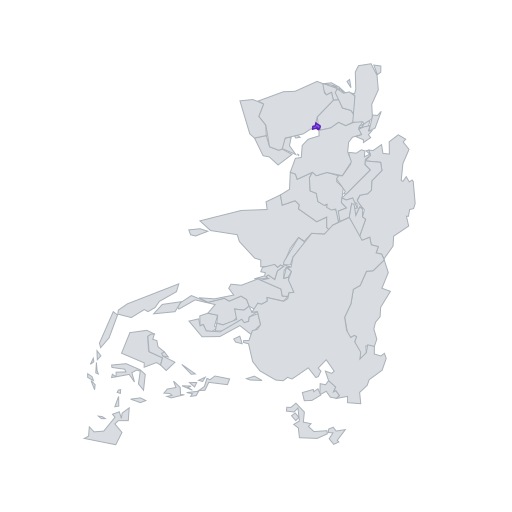 Asia, with Kuwait highlighted, rotated 98°
{"feature_id": "KWT", "entity_name": "Kuwait", "entity_type": "country or territory", "adm_level": 0, "iso_a3": "KWT", "parent_name": "Asia", "parent_adm1": "", "projection": "equal_earth", "projection_center": [47.815, 29.315], "detail": "fine", "context": "in_parent", "style": "filled", "palette": "violet", "viewbox_px": 512, "rotation_deg": 98, "n_neighbors": 45, "source": "natural_earth", "source_scale": "50m", "svg_char_len": 13709}
<svg xmlns="http://www.w3.org/2000/svg" viewBox="0 0 512 512"><g transform="rotate(98 256 256)"><path d="M240.9,128.8L236.7,131.8L236.2,137.5L229.7,136.2L228.9,143.4L221.6,146.0L225.7,153.1L224.3,156.6L204.4,152.6L202.5,156.0L195.1,155.1L187.8,163.7L181.4,161.6L178.7,153.9L174.6,150.8L165.5,151.8L153.8,143.2L145.9,145.6L146.6,161.0L140.4,156.7L135.4,159.0L135.3,154.7L128.2,147.2L136.7,144.6L136.5,138.1L124.3,140.0L116.2,132.0L119.5,124.0L122.6,126.2L129.1,119.3L144.1,123.4L161.0,122.7L161.6,120.9L156.5,118.3L161.3,114.5L159.0,112.0L160.2,110.7L181.8,105.7L187.1,106.5L188.6,110.3L195.5,110.6L195.6,112.6L205.1,109.0L217.2,122.4L227.1,121.7L240.9,128.8Z" fill="#d9dde1" stroke="#a8b0b8" stroke-width="1"/><path d="M146.6,161.0L145.9,145.6L153.8,143.2L165.5,151.8L174.6,150.8L178.7,153.9L181.4,161.6L186.6,163.7L194.6,156.9L193.2,160.1L202.0,162.8L198.2,165.9L194.4,165.6L194.2,162.4L190.0,163.4L188.0,168.5L185.2,168.3L188.0,174.5L186.6,178.9L154.9,154.9L150.3,160.9L146.6,161.0Z" fill="#d9dde1" stroke="#a8b0b8" stroke-width="1"/><path d="M462.4,368.6L460.6,400.7L457.7,396.7L448.4,397.3L452.7,391.9L450.6,382.4L435.3,373.2L432.7,376.1L429.3,369.7L435.6,366.7L430.2,366.7L424.0,360.4L436.8,359.6L438.2,369.4L441.9,372.4L449.4,364.2L462.4,368.6ZM402.0,399.6L399.6,405.8L396.0,406.3L398.3,401.6L402.0,399.6ZM436.5,389.8L436.4,386.1L438.0,382.6L438.6,386.4L436.5,389.8ZM377.3,335.3L375.4,339.7L381.7,351.3L377.4,351.8L371.0,375.6L349.4,370.2L344.8,353.7L347.4,345.8L350.6,351.9L362.6,349.7L365.6,348.6L369.9,334.4L377.3,335.3ZM414.2,372.5L423.7,371.0L424.9,374.8L414.2,372.5ZM410.4,374.5L407.9,373.6L407.2,371.4L410.9,371.2L410.4,374.5ZM414.5,345.0L417.3,350.1L415.2,360.2L412.6,350.7L414.5,345.0ZM388.6,349.2L404.6,348.7L399.0,354.6L386.1,354.6L385.6,358.3L388.8,362.7L397.7,358.8L390.9,365.1L396.5,382.1L393.1,381.8L395.0,377.8L390.5,378.3L388.9,368.7L386.4,370.2L386.4,383.1L384.1,383.8L380.7,369.6L384.8,355.0L388.6,349.2ZM386.3,404.9L379.9,402.9L383.4,401.9L386.3,404.9ZM383.6,399.2L391.4,397.5L394.8,395.7L394.0,398.4L383.6,399.2ZM376.5,395.7L380.8,398.7L371.9,400.3L376.5,395.7ZM333.7,384.9L357.5,390.1L368.4,397.1L364.1,398.9L331.0,389.6L333.7,384.9ZM324.6,359.2L334.3,370.9L332.8,384.7L328.7,384.8L321.2,376.6L294.3,328.6L302.4,329.8L314.3,345.3L321.1,348.8L326.1,355.2L324.6,359.2Z" fill="#d9dde1" stroke="#a8b0b8" stroke-width="1"/><path d="M402.3,402.1L405.8,397.4L410.9,397.2L402.3,402.1Z" fill="#d9dde1" stroke="#a8b0b8" stroke-width="1"/><path d="M79.8,196.0L76.6,202.4L75.9,213.2L74.0,205.3L77.3,196.9L79.8,196.0Z" fill="#d9dde1" stroke="#a8b0b8" stroke-width="1"/><path d="M82.6,191.9L77.4,196.9L82.1,190.1L82.6,191.9Z" fill="#d9dde1" stroke="#a8b0b8" stroke-width="1"/><path d="M78.6,200.0L76.3,204.7L77.4,199.4L78.6,200.0Z" fill="#d9dde1" stroke="#a8b0b8" stroke-width="1"/><path d="M78.6,200.0L89.8,195.6L91.0,201.1L83.4,204.0L86.7,208.6L79.8,214.6L75.9,213.2L78.6,200.0Z" fill="#d9dde1" stroke="#a8b0b8" stroke-width="1"/><path d="M133.6,237.7L142.1,238.2L149.9,230.8L145.8,245.9L135.1,243.5L133.6,237.7Z" fill="#d9dde1" stroke="#a8b0b8" stroke-width="1"/><path d="M130.8,235.3L130.6,231.8L132.4,228.9L133.6,233.1L130.8,235.3Z" fill="#d9dde1" stroke="#a8b0b8" stroke-width="1"/><path d="M91.0,201.1L89.8,195.6L97.4,190.9L98.6,182.3L103.7,177.8L110.2,178.8L114.5,185.3L112.2,192.9L118.7,199.7L122.9,211.2L109.6,214.7L91.0,201.1Z" fill="#d9dde1" stroke="#a8b0b8" stroke-width="1"/><path d="M146.5,244.9L150.4,234.5L162.8,246.8L156.0,256.7L155.7,262.9L139.4,273.9L135.3,262.6L145.9,257.8L148.1,248.3L146.5,244.9ZM150.6,228.0L149.1,229.2L150.1,227.6L150.6,228.0Z" fill="#d9dde1" stroke="#a8b0b8" stroke-width="1"/><path d="M319.3,295.7L320.0,285.7L331.2,287.4L332.5,284.0L337.0,289.1L337.1,294.9L331.2,298.7L333.0,301.7L323.1,303.3L319.3,295.7Z" fill="#d9dde1" stroke="#a8b0b8" stroke-width="1"/><path d="M328.0,285.5L320.0,285.7L319.3,295.7L309.8,289.7L307.9,310.1L319.3,325.0L315.7,327.6L304.2,314.5L308.5,297.1L302.3,281.4L304.4,276.2L297.8,265.3L300.3,259.2L306.6,255.8L311.3,260.4L311.5,269.8L318.8,265.9L324.7,270.2L328.8,279.2L328.0,285.5Z" fill="#d9dde1" stroke="#a8b0b8" stroke-width="1"/><path d="M335.9,285.8L328.0,285.5L328.8,279.2L321.5,266.3L311.5,269.8L311.3,260.4L306.6,255.8L312.2,252.2L310.9,246.8L317.4,254.2L321.8,254.2L323.7,258.4L320.7,261.4L334.8,277.5L335.9,285.8Z" fill="#d9dde1" stroke="#a8b0b8" stroke-width="1"/><path d="M306.6,255.8L300.3,259.2L297.8,265.3L304.4,276.2L302.3,281.4L308.5,297.1L305.3,306.7L304.2,291.1L297.8,272.6L291.8,278.5L287.4,276.9L287.0,266.4L278.3,250.8L285.2,226.7L291.9,224.4L291.7,218.9L297.0,222.4L295.6,239.3L299.2,238.5L303.0,243.8L302.5,247.7L309.4,249.0L306.6,255.8Z" fill="#d9dde1" stroke="#a8b0b8" stroke-width="1"/><path d="M326.2,304.0L333.0,301.7L331.2,298.7L337.1,294.9L336.1,281.0L320.7,261.4L323.7,258.4L321.8,254.2L317.4,254.2L312.7,246.1L323.2,241.9L334.1,250.4L327.2,262.3L340.8,280.6L343.5,298.2L329.8,313.3L326.2,304.0Z" fill="#d9dde1" stroke="#a8b0b8" stroke-width="1"/><path d="M385.8,156.4L385.4,162.8L380.2,167.6L384.6,173.5L373.5,174.7L373.8,169.2L369.3,166.8L370.9,164.1L374.7,158.8L379.6,160.3L378.2,158.1L382.6,153.9L385.8,156.4Z" fill="#d9dde1" stroke="#a8b0b8" stroke-width="1"/><path d="M378.9,176.2L384.7,172.5L391.2,180.5L392.6,188.0L384.8,191.1L380.2,180.7L382.4,180.0L378.9,176.2Z" fill="#d9dde1" stroke="#a8b0b8" stroke-width="1"/><path d="M242.0,128.5L254.0,122.7L270.4,126.8L272.3,118.0L289.4,125.4L298.9,124.7L305.1,128.5L312.0,129.1L321.5,124.8L329.1,126.2L329.8,134.7L336.4,133.3L343.4,137.4L327.2,146.4L321.8,145.2L321.1,147.8L323.6,150.8L320.3,154.4L304.4,159.7L290.0,155.3L275.5,155.0L270.6,148.7L255.8,144.5L254.3,138.0L242.0,128.5Z" fill="#d9dde1" stroke="#a8b0b8" stroke-width="1"/><path d="M291.7,218.9L291.9,224.4L285.2,226.7L279.3,248.1L276.6,240.6L275.4,243.6L273.1,241.2L276.6,234.2L267.8,232.8L262.4,227.3L261.6,230.5L264.4,233.0L261.8,236.5L264.1,237.7L266.0,249.8L259.3,250.7L258.2,257.1L244.1,274.4L237.5,277.6L237.1,304.6L229.0,316.4L213.0,277.1L208.4,251.4L200.9,253.6L192.1,240.3L202.0,237.1L195.8,225.0L199.3,220.2L203.4,220.5L213.6,200.6L207.5,191.4L217.9,189.9L220.7,186.1L224.9,191.4L225.8,204.0L234.6,210.1L231.8,216.4L243.6,223.1L260.7,227.5L262.1,219.7L263.0,224.3L266.4,226.1L274.3,225.5L272.5,221.2L286.7,213.4L287.9,218.2L291.7,218.9Z" fill="#d9dde1" stroke="#a8b0b8" stroke-width="1"/><path d="M276.6,240.6L278.9,254.6L274.5,244.7L271.2,244.5L270.9,249.1L266.4,248.0L261.8,236.5L264.4,233.0L261.6,230.5L262.4,227.3L267.8,232.8L276.6,234.2L273.1,241.2L275.4,243.6L276.6,240.6Z" fill="#d9dde1" stroke="#a8b0b8" stroke-width="1"/><path d="M272.5,221.2L274.3,225.5L263.0,224.3L266.4,218.7L272.5,221.2Z" fill="#d9dde1" stroke="#a8b0b8" stroke-width="1"/><path d="M260.1,220.7L260.7,227.5L257.8,227.6L231.8,216.4L235.9,209.0L251.9,219.2L260.1,220.7Z" fill="#d9dde1" stroke="#a8b0b8" stroke-width="1"/><path d="M220.7,186.1L217.9,189.9L207.5,191.4L213.6,200.6L203.4,220.5L199.3,220.2L195.8,225.0L202.0,237.1L192.1,240.3L185.3,232.1L168.3,233.7L169.4,228.3L174.3,225.9L165.2,211.7L171.1,214.0L184.0,211.4L185.6,205.0L193.5,202.2L200.2,181.7L210.9,178.9L214.9,184.4L220.7,186.1Z" fill="#d9dde1" stroke="#a8b0b8" stroke-width="1"/><path d="M176.4,179.0L191.1,178.9L195.8,173.0L200.1,180.7L204.4,177.4L210.9,178.9L198.4,183.6L200.0,187.7L198.0,192.8L194.8,192.7L196.4,195.7L193.5,202.2L185.6,205.0L184.0,211.4L171.1,214.0L165.2,211.7L168.1,207.5L163.4,197.4L165.0,185.5L171.0,186.5L176.4,179.0Z" fill="#d9dde1" stroke="#a8b0b8" stroke-width="1"/><path d="M186.6,178.9L188.0,174.5L185.2,168.3L194.2,162.4L195.7,165.5L191.0,168.6L204.8,169.0L210.1,177.7L200.1,180.7L195.8,173.0L191.1,178.9L186.6,178.9Z" fill="#d9dde1" stroke="#a8b0b8" stroke-width="1"/><path d="M194.6,156.9L202.5,156.0L204.4,152.6L224.3,156.6L204.8,169.0L191.0,168.6L191.0,166.1L202.0,162.8L193.2,160.1L194.6,156.9Z" fill="#d9dde1" stroke="#a8b0b8" stroke-width="1"/><path d="M135.4,159.0L140.4,156.7L145.0,161.2L150.3,160.9L154.9,154.9L182.0,175.3L182.2,177.9L179.5,176.6L168.5,187.1L165.0,185.5L164.5,181.7L151.7,175.0L140.5,178.6L140.2,171.0L136.2,166.4L136.8,162.8L142.7,162.5L139.3,157.5L136.5,161.7L135.4,159.0Z" fill="#d9dde1" stroke="#a8b0b8" stroke-width="1"/><path d="M122.9,211.2L118.7,199.7L112.2,192.9L114.5,185.3L108.5,175.3L108.2,169.0L114.8,171.9L121.1,168.3L124.9,177.0L130.4,180.1L140.2,179.7L149.3,174.6L164.5,181.7L163.4,197.4L168.1,207.5L165.2,211.7L174.3,225.9L169.4,228.3L168.3,233.7L153.8,230.6L152.2,224.9L140.1,225.6L133.2,220.7L128.2,210.2L122.9,211.2Z" fill="#d9dde1" stroke="#a8b0b8" stroke-width="1"/><path d="M79.3,198.6L82.6,191.9L80.5,186.5L83.6,180.3L102.2,178.5L98.6,182.3L97.4,190.9L83.0,200.4L79.3,198.6Z" fill="#d9dde1" stroke="#a8b0b8" stroke-width="1"/><path d="M116.0,171.8L106.8,165.4L106.6,161.9L113.0,163.1L116.0,171.8Z" fill="#d9dde1" stroke="#a8b0b8" stroke-width="1"/><path d="M110.2,178.8L83.6,180.3L81.4,184.7L81.6,181.0L76.8,180.4L60.0,183.3L53.3,181.0L49.6,168.8L60.3,161.3L74.4,158.0L89.7,162.5L103.6,159.8L110.5,167.8L108.2,169.0L110.2,178.8ZM50.5,158.8L56.6,158.0L59.5,161.0L50.5,165.9L50.5,158.8Z" fill="#d9dde1" stroke="#a8b0b8" stroke-width="1"/><path d="M244.6,318.6L244.1,323.7L239.5,326.2L236.8,315.2L238.2,307.2L244.6,318.6Z" fill="#d9dde1" stroke="#a8b0b8" stroke-width="1"/><path d="M341.3,266.5L337.6,260.9L344.8,257.5L344.1,264.2L341.3,266.5ZM204.8,169.0L225.7,153.1L221.6,146.0L228.9,143.4L229.7,136.2L236.2,137.5L236.7,131.8L242.0,128.5L254.3,138.0L255.8,144.5L270.6,148.7L275.5,155.0L290.0,155.3L304.4,159.7L317.0,155.9L323.6,150.8L321.1,147.8L321.8,145.2L327.2,146.4L336.7,138.9L343.7,138.8L336.4,133.3L328.4,133.0L329.1,126.2L336.6,125.2L337.6,118.3L334.5,115.3L339.3,112.8L351.5,115.2L362.7,126.7L368.6,127.9L376.7,134.4L387.7,131.7L388.5,145.0L382.3,145.8L385.8,156.4L382.6,153.9L378.2,158.1L379.6,160.3L374.7,158.8L369.3,166.8L360.3,171.3L361.7,164.7L359.2,162.5L349.0,172.0L358.3,178.8L361.0,175.7L366.7,177.5L368.0,179.8L359.5,188.7L372.8,203.2L371.8,207.8L375.7,211.7L376.1,219.1L369.2,236.2L361.0,244.6L343.9,251.2L343.4,256.2L341.5,256.5L340.7,251.2L330.4,249.2L328.5,244.5L323.2,241.9L310.9,246.8L312.2,252.2L302.5,247.7L303.0,243.8L299.2,238.5L295.6,239.3L297.0,222.4L293.7,218.6L287.9,218.2L286.7,213.4L275.2,220.6L266.4,218.7L262.8,223.4L262.1,219.7L251.9,219.2L225.8,204.0L224.9,191.4L214.9,184.4L204.8,169.0Z" fill="#d9dde1" stroke="#a8b0b8" stroke-width="1"/><path d="M378.4,232.7L379.6,244.5L378.8,248.4L375.2,240.9L378.4,232.7Z" fill="#d9dde1" stroke="#a8b0b8" stroke-width="1"/><path d="M115.8,158.6L120.3,161.6L122.8,158.9L128.7,165.4L126.0,165.8L123.8,173.8L121.1,168.3L116.0,171.8L113.1,167.0L111.1,161.2L116.1,162.0L115.8,158.6ZM114.8,171.9L112.6,171.4L110.5,167.8L113.5,168.8L114.8,171.9Z" fill="#d9dde1" stroke="#a8b0b8" stroke-width="1"/><path d="M95.3,152.1L112.8,155.9L116.5,161.5L100.1,160.0L100.0,155.3L95.3,152.1Z" fill="#d9dde1" stroke="#a8b0b8" stroke-width="1"/><path d="M387.1,295.6L383.1,289.4L387.7,291.4L387.1,295.6ZM394.8,311.2L393.9,302.1L395.6,305.1L397.8,300.3L394.8,311.2ZM403.3,307.6L408.3,320.2L407.4,324.7L405.7,319.7L404.2,322.2L404.6,328.1L400.1,325.3L397.4,317.0L391.4,320.2L396.7,312.8L403.8,311.4L403.3,307.6ZM382.1,303.7L373.7,314.4L381.2,299.7L382.1,303.7ZM387.4,266.4L387.7,285.2L396.1,287.9L397.2,294.0L392.5,289.0L384.0,287.5L384.9,284.3L380.6,280.0L381.4,265.0L387.4,266.4ZM390.6,304.2L389.5,297.1L394.2,298.6L390.6,304.2ZM402.6,295.8L404.1,301.2L401.2,299.9L400.9,305.7L397.9,293.9L402.6,295.8Z" fill="#d9dde1" stroke="#a8b0b8" stroke-width="1"/><path d="M311.7,323.8L322.4,328.4L327.5,349.3L317.0,342.1L311.7,323.8ZM377.3,335.3L369.9,334.4L365.6,348.6L350.6,351.9L348.0,349.1L347.4,345.8L352.9,346.6L353.6,342.4L359.5,340.4L363.8,333.3L368.0,334.4L372.5,321.5L381.9,329.0L377.3,335.3Z" fill="#d9dde1" stroke="#a8b0b8" stroke-width="1"/><path d="M368.2,328.8L368.0,334.4L365.5,335.9L363.8,333.3L368.2,328.8Z" fill="#d9dde1" stroke="#a8b0b8" stroke-width="1"/><path d="M428.1,170.0L429.9,187.7L420.5,190.1L417.5,195.2L413.4,190.1L400.7,193.3L405.2,196.6L405.3,204.3L401.5,204.4L401.1,200.4L396.2,196.0L403.8,186.4L413.9,186.0L414.4,178.2L417.5,180.3L421.8,174.2L419.1,161.4L422.2,160.7L428.1,170.0ZM427.2,149.9L428.6,148.1L431.7,152.8L426.8,158.1L420.4,155.2L420.8,159.8L417.2,159.9L414.8,155.7L418.2,152.3L415.5,143.4L427.2,149.9ZM406.0,195.2L409.8,191.2L413.5,193.7L409.2,198.6L406.0,195.2Z" fill="#d9dde1" stroke="#a8b0b8" stroke-width="1"/><path d="M135.3,262.6L139.4,273.9L136.0,279.1L104.6,293.5L101.5,280.9L104.4,269.5L117.4,272.5L125.0,264.5L135.3,262.6Z" fill="#d9dde1" stroke="#a8b0b8" stroke-width="1"/><path d="M76.0,213.9L84.9,210.9L86.7,208.6L83.4,204.0L91.0,201.1L109.6,214.7L119.1,215.5L128.5,226.2L135.1,243.5L146.5,244.9L148.1,248.3L145.9,257.8L125.0,264.5L117.4,272.5L104.4,269.5L102.2,275.4L89.5,251.7L87.5,240.3L74.6,219.8L76.0,213.9Z" fill="#d9dde1" stroke="#a8b0b8" stroke-width="1"/><path d="M76.1,185.4L70.5,190.2L68.2,187.9L76.1,185.4Z" fill="#d9dde1" stroke="#a8b0b8" stroke-width="1"/><path d="M122.5,217.6L121.9,217.6L121.1,217.6L120.5,217.6L119.8,217.7L119.5,217.2L119.4,216.7L119.3,216.2L119.0,215.5L118.0,215.4L117.4,215.3L116.6,215.2L115.9,215.1L116.4,214.3L116.7,213.9L117.2,213.0L117.4,212.4L117.7,211.7L117.9,211.2L118.0,210.9L118.3,210.7L118.7,210.5L119.3,210.5L119.7,210.5L119.8,210.5L120.1,210.6L120.9,211.0L121.0,211.7L121.2,212.2L121.4,212.7L121.4,212.9L121.1,212.8L120.8,212.7L120.3,213.3L120.0,213.6L120.4,213.8L120.7,213.8L120.9,213.7L121.1,213.9L121.2,214.2L121.3,214.5L121.6,215.6L121.8,216.0L122.1,216.6L122.2,216.9L122.3,217.2L122.5,217.6ZM121.9,212.6L121.7,212.7L121.4,212.4L121.2,211.8L121.3,211.6L121.4,211.4L121.5,211.1L122.1,211.9L122.1,212.2L122.1,212.3L121.9,212.6Z" fill="#8b5cf6" stroke="#5b21b6" stroke-width="1.5"/></g></svg>